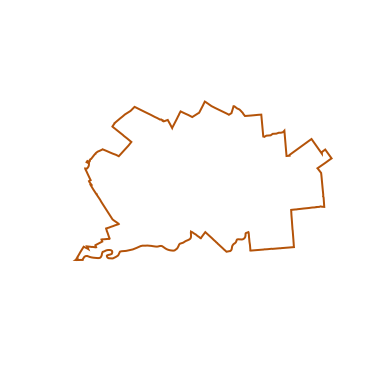 Izvoarele, Giurgiu, Romania (orthographic projection), rotated 236°
{"feature_id": "2599482B10041458655839", "entity_name": "Izvoarele", "entity_type": "district", "adm_level": 2, "iso_a3": "ROU", "parent_name": "Romania", "parent_adm1": "Giurgiu", "projection": "orthographic", "projection_center": [25.808, 44.04], "detail": "fine", "context": "isolated", "style": "outline", "palette": "amber", "viewbox_px": 384, "rotation_deg": 236, "n_neighbors": 0, "source": "geoboundaries", "source_scale": "gbopen_adm2", "svg_char_len": 5875}
<svg xmlns="http://www.w3.org/2000/svg" viewBox="0 0 384 384"><g transform="rotate(236 192 192)"><path d="M152.7,326.2L152.5,322.0L151.1,321.1L169.1,320.7L169.0,316.8L168.2,293.6L167.5,293.2L169.0,290.5L191.2,302.9L190.7,300.8L191.5,298.7L192.6,297.1L193.2,294.6L195.1,291.4L195.0,288.9L197.1,285.2L197.3,282.7L197.9,282.5L198.2,282.4L198.3,282.2L217.4,292.7L219.1,289.8L220.1,287.9L222.4,283.7L225.4,278.4L228.0,278.2L229.5,278.3L230.2,278.1L231.2,278.0L233.4,277.6L234.0,277.4L236.1,276.1L239.2,275.1L239.5,274.9L239.8,274.6L239.9,274.4L238.6,272.9L235.3,268.8L235.4,265.8L235.7,265.7L237.7,264.6L248.7,258.2L252.3,256.2L258.5,253.8L259.8,253.2L257.5,249.2L254.5,243.7L254.0,242.8L253.7,242.1L253.7,241.7L253.8,241.0L254.0,234.1L254.4,233.9L257.9,232.0L260.3,230.5L262.3,229.3L265.2,227.6L263.7,224.8L263.0,223.8L262.6,222.9L261.3,220.7L257.3,213.4L256.6,212.0L256.1,211.3L259.9,211.7L260.8,211.8L263.2,212.0L264.6,212.1L265.3,212.2L266.2,208.7L266.4,208.1L266.5,207.9L267.2,207.5L267.5,207.4L267.8,207.8L268.3,207.5L269.5,206.9L269.7,206.3L269.9,206.0L272.8,204.5L274.9,203.2L279.0,201.0L284.5,197.8L293.5,192.7L294.7,192.0L293.8,187.5L293.7,187.1L293.6,186.1L293.8,179.8L293.4,176.4L293.2,173.6L292.5,167.3L292.4,166.3L292.2,166.3L291.9,165.4L290.8,162.6L290.6,162.6L277.9,166.6L276.9,166.8L275.6,167.2L272.9,168.1L267.4,169.7L266.0,165.3L265.2,162.0L264.9,160.7L262.6,151.3L265.3,149.8L267.9,147.9L270.5,146.2L274.0,144.0L276.7,142.2L277.0,142.0L277.1,141.8L277.4,141.7L277.4,141.0L277.8,138.4L278.2,136.4L278.1,134.4L277.9,133.6L277.7,133.5L277.7,133.3L277.6,133.2L277.7,132.8L277.4,131.7L276.0,127.4L275.9,127.2L275.8,126.9L275.9,126.5L276.0,126.2L275.9,125.9L275.7,125.3L275.6,125.0L275.5,124.9L275.1,124.9L274.9,124.7L274.7,124.5L274.6,124.1L274.4,123.7L274.8,123.4L276.2,122.6L275.7,121.3L274.5,121.9L273.5,122.7L273.3,122.6L272.0,121.6L271.2,120.7L270.8,120.0L270.5,119.2L270.2,118.3L270.2,118.0L270.9,117.0L271.2,116.6L270.7,116.4L267.7,116.0L265.4,115.6L262.0,115.1L260.2,114.8L258.5,114.6L258.6,112.7L257.2,112.5L256.9,112.5L256.4,112.6L255.7,112.6L254.1,112.7L254.2,112.3L254.9,112.2L254.9,111.9L249.8,111.6L243.7,111.5L243.6,111.8L243.1,111.7L242.9,111.7L242.6,111.5L241.5,111.5L237.0,111.5L234.9,111.3L231.6,111.2L213.7,110.8L211.9,111.4L208.4,112.8L207.2,113.2L206.8,113.4L206.6,113.4L206.4,113.4L206.4,113.1L207.5,109.2L207.8,107.7L208.5,105.2L208.9,103.4L209.8,100.4L209.3,100.2L208.0,99.9L207.5,99.6L206.4,99.4L205.1,99.1L204.7,99.0L201.1,98.0L199.5,97.7L199.4,97.6L199.3,97.3L199.5,96.9L200.1,96.1L202.0,92.6L203.0,91.0L203.2,90.4L201.1,89.9L201.9,82.5L201.9,82.1L201.6,82.0L199.8,81.6L199.9,81.3L200.7,80.4L202.2,78.7L202.7,77.9L203.2,77.4L205.5,74.7L205.2,74.7L203.6,74.3L202.7,74.1L203.6,73.7L207.2,71.6L204.7,66.0L202.9,62.4L202.7,61.9L202.0,60.5L202.0,60.4L201.9,60.3L201.6,60.4L201.3,60.3L201.5,59.8L201.5,59.4L200.7,57.9L200.7,57.5L200.1,58.3L198.7,60.5L197.3,62.7L196.8,63.4L197.1,63.7L197.5,64.3L197.9,65.2L198.4,66.4L198.4,67.2L198.3,68.0L197.6,69.3L195.1,71.1L193.9,72.2L192.6,73.6L190.0,76.8L189.5,77.5L189.2,78.0L188.9,79.1L189.1,80.2L189.9,81.6L191.3,83.0L192.3,84.4L192.3,84.5L192.1,85.1L191.8,86.4L191.7,87.4L191.5,88.4L190.9,89.9L190.0,91.3L189.5,91.8L189.1,92.2L188.5,92.5L187.8,92.7L187.2,92.5L186.4,92.0L185.8,91.2L185.6,90.9L185.6,90.6L186.0,88.9L186.6,87.5L186.8,86.6L186.9,86.1L186.8,85.8L186.6,85.6L185.9,85.4L185.1,85.3L184.4,85.5L183.7,85.9L181.6,88.6L181.4,89.0L181.2,89.3L180.8,92.1L180.7,93.5L180.7,95.0L180.8,95.5L181.9,97.4L182.5,98.3L182.8,98.9L182.6,99.6L182.2,100.6L180.1,104.3L179.8,105.0L177.5,110.8L176.6,115.0L175.9,119.1L175.2,120.9L173.6,123.3L172.6,125.0L170.5,127.6L170.1,128.1L169.6,128.6L167.4,131.0L166.6,132.0L166.3,132.4L165.9,133.2L165.6,133.9L165.5,134.4L165.0,135.5L164.5,136.3L163.7,137.0L162.4,137.5L160.3,138.3L159.2,138.8L158.0,139.5L156.5,140.7L155.5,141.7L153.9,143.6L153.3,144.9L153.4,147.2L153.5,148.2L154.0,149.2L154.5,150.2L155.4,151.6L155.7,152.1L155.8,152.7L155.9,153.0L155.8,153.3L155.5,154.4L155.1,155.7L154.9,156.6L154.9,158.1L154.9,158.8L154.8,159.7L154.4,161.6L154.2,163.0L154.2,164.0L154.4,164.8L155.0,165.7L155.8,166.4L156.7,167.0L158.9,168.3L159.7,169.0L159.2,169.2L158.8,169.6L158.3,169.8L156.2,170.6L154.6,171.4L153.1,171.8L151.4,172.4L150.8,172.7L149.7,173.0L149.0,173.2L148.8,173.3L148.7,173.5L148.8,173.6L149.9,176.5L151.3,180.6L144.7,182.2L142.7,182.7L139.8,183.3L137.6,183.9L136.6,184.0L135.6,184.4L134.9,184.4L133.0,184.9L132.0,185.1L128.3,186.0L125.9,186.5L125.0,186.8L123.2,187.2L123.1,187.3L122.8,188.2L122.6,188.6L121.8,190.5L121.7,190.6L121.7,191.0L121.8,191.8L122.2,192.6L122.5,193.0L124.3,194.7L124.7,195.2L125.0,195.7L125.2,196.2L125.5,197.1L125.6,197.9L125.5,198.6L125.6,199.2L125.7,199.9L126.0,200.6L127.1,202.1L127.4,202.7L127.3,203.2L127.1,203.6L126.7,204.3L126.1,205.0L124.9,206.6L124.4,207.6L124.3,208.6L124.3,209.0L124.5,210.0L124.9,210.8L125.2,211.2L126.0,212.0L127.2,212.9L127.6,213.2L127.7,213.4L127.8,213.7L127.7,214.2L127.2,216.3L126.4,216.1L124.0,214.8L122.5,213.9L121.3,213.3L118.6,211.8L115.6,210.4L111.0,207.8L110.9,207.7L110.8,207.8L110.6,207.9L104.2,219.3L104.0,219.9L103.6,220.5L102.3,222.7L100.4,226.3L100.0,226.7L99.8,227.0L96.3,233.3L95.8,234.0L95.5,234.7L89.3,245.7L89.9,246.0L93.0,247.8L93.5,248.1L93.9,248.3L94.9,248.9L102.3,253.1L103.7,253.9L104.8,254.4L111.9,258.5L113.3,259.3L116.5,261.1L117.7,261.8L119.2,262.7L121.1,263.8L121.7,264.2L121.4,264.8L119.8,267.8L119.0,269.1L118.8,269.7L116.7,273.7L116.1,274.9L113.4,279.9L111.9,283.0L110.9,284.6L109.9,286.6L110.0,286.7L108.5,289.2L108.4,289.6L108.2,290.4L108.1,290.6L107.4,291.2L105.7,293.3L113.8,298.0L114.4,298.2L114.8,298.2L115.0,298.2L115.2,298.5L116.4,299.3L118.6,300.5L120.3,301.4L127.8,305.5L130.9,307.2L133.1,308.4L135.6,309.7L137.5,309.6L138.9,309.5L140.7,309.4L141.5,309.3L141.6,318.7L141.8,324.2L141.8,326.5L152.7,326.2Z" fill="none" stroke="#b45309" stroke-width="2"/></g></svg>